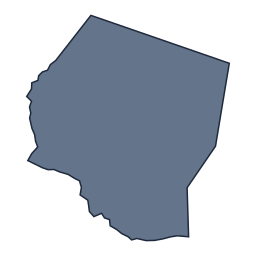 Olho d'Água do Borges, Rio Grande do Norte, Brazil (Mercator projection)
{"feature_id": "56859067B79092127139652", "entity_name": "Olho d'Água do Borges", "entity_type": "district", "adm_level": 2, "iso_a3": "BRA", "parent_name": "Brazil", "parent_adm1": "Rio Grande do Norte", "projection": "mercator", "projection_center": [-37.735, -5.981], "detail": "fine", "context": "isolated", "style": "filled", "palette": "slate", "viewbox_px": 256, "rotation_deg": 0, "n_neighbors": 0, "source": "geoboundaries", "source_scale": "gbopen_adm2", "svg_char_len": 732}
<svg xmlns="http://www.w3.org/2000/svg" viewBox="0 0 256 256"><path d="M90.9,15.4L55.7,60.5L50.4,64.6L47.5,70.2L42.3,72.0L38.7,75.6L37.9,80.4L31.8,82.8L31.5,88.9L26.7,96.5L31.5,101.2L29.5,107.1L30.8,113.0L29.6,118.1L32.0,128.5L34.6,134.6L35.6,141.3L37.7,147.0L31.7,153.6L27.8,160.6L35.4,164.3L42.3,167.7L48.1,169.7L54.0,169.5L59.3,171.8L68.1,174.4L74.6,178.4L79.5,180.8L81.4,187.4L80.1,194.9L87.8,200.2L88.6,205.3L89.4,211.5L93.9,216.6L101.6,213.3L104.5,217.9L109.5,219.6L110.2,225.8L116.8,229.6L121.6,233.5L128.2,236.8L131.6,239.9L136.9,238.5L146.1,240.6L154.7,240.4L163.2,238.8L170.8,236.8L177.4,235.8L188.6,236.8L187.1,187.7L215.5,146.2L226.0,83.0L229.3,63.3L90.9,15.4Z" fill="#64748b" stroke="#1e293b" stroke-width="1.5"/></svg>